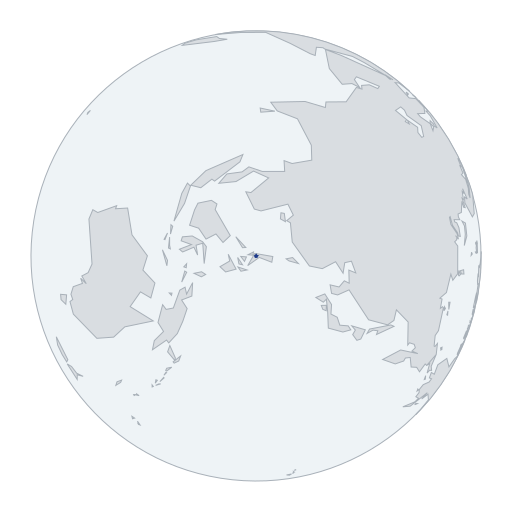 globe centered on Laguna, rotated 99°
{"feature_id": "PHL-2566", "entity_name": "Laguna", "entity_type": "Province", "adm_level": 1, "iso_a3": "PHL", "parent_name": "Philippines", "parent_adm1": "", "projection": "orthographic", "projection_center": [121.266, 14.267], "detail": "fine", "context": "on_globe", "style": "filled", "palette": "blue", "viewbox_px": 512, "rotation_deg": 99, "n_neighbors": 0, "source": "natural_earth", "source_scale": "10m", "svg_char_len": 9957}
<svg xmlns="http://www.w3.org/2000/svg" viewBox="0 0 512 512"><g transform="rotate(99 256 256)"><circle cx="256" cy="256" r="225" fill="#eef3f6" stroke="#a8b0b8"/><path d="M441.0,344.1L440.8,345.6L440.6,345.8L441.0,344.1ZM383.9,70.6L371.1,63.2L365.6,64.5L371.3,70.0L364.2,65.4L380.2,80.2L382.0,87.4L375.3,76.4L371.1,73.2L370.0,76.1L365.4,73.6L362.3,73.8L356.9,70.7L353.4,65.3L349.8,63.4L349.3,65.7L343.6,64.6L344.9,61.4L335.0,59.4L327.3,51.5L335.3,48.1L326.4,43.7L322.9,40.9L339.0,46.5L354.5,53.4L369.5,61.4L383.9,70.6ZM467.5,191.6L465.7,186.8L467.2,188.6L467.5,191.6ZM464.3,184.8L465.0,186.2L464.4,185.2L464.3,184.8ZM463.7,184.6L464.1,184.8L463.8,185.1L463.7,184.6ZM463.1,185.1L463.3,184.6L463.4,184.9L463.1,185.1ZM461.4,184.2L460.9,183.9L461.0,182.9L461.4,184.2ZM384.1,71.0L382.3,69.6L387.7,73.3L387.0,72.9L384.1,71.0ZM376.5,75.0L376.5,73.4L378.1,76.0L376.5,75.0ZM362.8,74.4L364.2,75.8L362.0,75.4L362.8,74.4ZM351.7,70.5L347.6,69.7L351.2,69.5L351.7,70.5ZM344.9,68.7L335.0,67.6L337.4,70.3L325.1,62.6L337.5,65.7L341.5,64.7L341.7,66.7L344.9,68.7ZM313.4,38.1L323.2,41.0L321.9,41.0L317.0,39.3L318.1,40.3L309.9,38.1L307.4,37.1L309.9,37.4L304.9,36.4L307.2,36.6L313.4,38.1ZM319.9,58.8L317.0,58.0L319.4,57.8L319.9,58.8ZM302.8,35.6L302.0,35.6L295.3,34.3L297.8,34.7L299.1,34.9L302.8,35.6ZM322.5,41.8L320.6,41.8L313.5,39.9L311.8,39.8L309.6,38.0L322.5,41.8ZM296.2,34.3L292.0,33.7L289.0,33.2L292.4,33.7L296.2,34.3ZM304.5,36.2L303.8,36.2L302.1,35.7L304.5,36.2ZM290.7,33.5L291.7,33.7L292.1,33.8L288.9,33.4L290.7,33.5ZM304.7,37.0L302.1,36.4L305.2,37.6L300.0,36.6L299.5,35.8L297.5,35.7L295.9,35.4L297.3,35.1L304.7,37.0ZM286.8,33.4L284.4,32.6L277.2,31.8L277.1,31.7L288.7,33.2L286.8,33.4ZM292.9,34.4L289.1,33.7L290.9,33.8L294.6,34.3L292.9,34.4ZM296.6,36.3L304.8,38.1L304.6,38.2L296.6,36.3ZM284.4,33.1L285.0,33.3L283.7,33.0L284.4,33.1ZM292.5,35.2L295.4,35.7L295.1,35.9L292.5,35.2ZM283.9,33.6L283.1,33.2L285.6,33.4L283.9,33.6ZM287.5,34.3L286.5,34.4L286.9,33.7L288.9,34.4L287.5,34.3ZM291.7,35.3L292.5,35.5L290.6,35.1L291.7,35.3ZM275.0,33.2L275.0,32.3L280.4,32.7L279.7,33.4L275.0,33.2ZM69.1,130.2L62.8,142.0L63.0,145.7L75.9,129.5L75.6,122.8L82.8,113.4L88.8,111.5L90.1,118.6L92.9,115.3L98.1,104.6L104.6,100.8L100.6,100.7L97.6,104.8L95.1,105.2L97.7,101.5L99.8,100.1L101.2,97.1L90.4,105.7L86.3,110.8L86.0,108.5L79.1,117.1L76.8,119.6L87.7,106.2L91.4,102.3L96.2,97.2L110.4,84.1L125.7,72.2L142.0,61.7L143.2,61.0L143.5,60.9L137.3,64.5L131.9,68.0L127.6,71.9L129.4,71.2L136.4,67.0L134.3,69.1L141.7,64.6L143.5,65.8L147.5,60.9L155.9,56.9L161.7,55.6L165.2,53.6L155.7,56.0L151.2,57.9L146.3,60.8L134.9,66.6L134.4,66.4L149.1,57.9L149.9,57.3L153.7,55.3L161.1,51.7L180.0,47.1L183.5,48.4L170.9,58.0L165.1,59.3L166.7,56.3L157.2,62.5L161.8,60.3L160.1,62.4L167.7,60.0L166.8,61.4L175.5,57.0L175.4,58.5L169.8,61.2L180.9,60.0L182.9,63.0L185.8,62.2L188.3,60.4L189.1,66.0L191.2,65.1L191.8,62.9L196.3,60.0L204.7,57.3L204.5,59.3L201.5,60.6L194.8,66.8L186.7,70.4L187.5,71.0L194.4,68.4L202.6,60.8L207.7,58.7L204.6,62.1L206.1,60.6L208.6,60.3L210.9,62.0L214.6,58.3L242.0,54.0L249.2,57.8L243.4,60.7L262.3,62.2L268.9,67.8L269.4,65.5L278.8,65.7L276.9,63.8L277.8,62.8L301.2,64.1L306.5,66.6L317.1,66.0L317.4,65.1L314.0,63.1L325.1,62.6L337.4,70.3L336.2,72.0L344.8,76.4L340.8,79.9L341.4,85.4L332.1,87.8L333.4,92.5L336.6,93.7L340.8,101.6L338.4,114.7L326.2,98.4L327.1,80.9L325.5,87.1L321.7,84.3L318.5,85.9L317.7,90.8L320.2,92.2L297.4,95.4L287.2,108.9L298.1,109.7L303.4,115.3L301.4,134.8L274.9,158.8L281.7,169.3L281.1,175.5L272.9,178.3L273.6,169.1L266.7,164.9L268.3,159.7L255.4,162.1L257.1,154.8L246.2,160.9L248.7,167.3L259.4,167.3L249.2,176.5L258.1,188.5L257.5,201.7L236.5,222.4L217.8,227.2L216.3,231.2L209.8,225.5L199.8,232.6L210.7,258.1L209.9,265.0L194.2,276.1L194.1,270.9L176.9,255.7L172.5,271.7L185.6,287.4L190.0,304.1L179.5,297.6L175.1,282.9L169.1,277.0L171.5,263.0L168.0,240.9L157.4,243.2L159.0,234.8L152.6,215.9L137.9,218.7L114.0,236.5L109.4,257.7L101.8,265.5L95.7,231.7L98.5,210.7L92.9,211.0L89.6,191.1L73.8,183.2L74.6,177.4L71.0,178.4L69.2,170.9L71.6,161.9L69.1,160.7L63.3,184.9L66.4,186.4L73.3,180.0L70.7,188.2L72.9,197.7L59.4,212.9L41.2,219.7L44.5,203.5L57.5,156.2L60.1,152.1L60.3,151.6L60.8,150.6L56.7,157.0L60.6,148.3L48.1,179.2L43.8,192.0L40.8,220.5L39.8,222.4L40.4,229.0L48.7,228.9L47.7,234.1L40.6,255.6L33.6,281.4L37.5,305.5L42.1,324.7L43.6,330.9L38.7,315.5L35.0,299.8L32.5,283.9L31.0,267.8L30.8,251.7L31.7,235.5L33.7,219.5L36.9,203.7L41.2,188.2L46.6,172.9L53.1,158.2L60.6,143.9L69.1,130.2ZM86.1,136.4L90.4,141.0L97.7,128.6L99.9,129.6L101.6,125.3L98.2,127.7L103.6,116.5L108.7,115.4L112.9,110.8L111.7,109.1L101.4,113.2L93.6,128.8L88.7,132.2L86.1,136.4ZM258.6,30.7L265.2,30.9L267.1,31.1L262.9,30.9L267.7,31.3L261.0,31.3L262.2,31.5L256.8,32.1L248.0,32.2L250.0,32.5L246.0,33.4L238.5,33.9L242.2,33.0L231.2,34.4L232.0,33.5L230.7,33.7L228.3,33.4L223.2,33.7L224.6,33.3L222.0,33.7L220.4,33.8L217.3,34.2L218.7,33.8L216.2,34.3L237.3,31.5L258.6,30.7ZM273.2,33.3L262.5,32.8L257.6,32.4L269.0,31.7L268.8,31.5L276.0,31.7L282.9,32.6L280.3,32.3L279.3,32.4L277.5,32.1L278.2,32.4L274.5,32.2L274.0,32.5L270.7,32.2L273.2,33.3ZM137.2,64.6L135.4,65.8L133.3,67.1L137.2,64.6ZM206.2,40.3L209.1,39.3L210.1,39.3L218.2,37.7L218.3,38.6L213.5,39.9L206.2,40.3ZM73.3,131.3L70.6,133.5L71.7,131.2L72.4,130.9L73.3,131.3ZM74.7,122.6L72.2,126.7L73.8,123.8L74.7,122.6ZM207.6,41.0L210.9,40.2L208.9,41.2L207.6,41.0ZM218.8,39.2L217.2,40.3L219.2,38.5L218.8,39.2ZM138.1,442.3L142.8,445.1L140.5,444.5L138.1,442.3ZM50.7,331.0L59.5,361.8L56.9,359.4L51.8,348.7L45.4,329.1L46.9,326.2L46.4,318.3L50.7,331.0ZM247.1,347.0L254.1,348.5L253.9,349.4L247.1,347.0ZM239.7,342.9L247.7,343.9L238.4,344.9L239.7,342.9ZM250.8,344.3L258.9,343.0L262.4,341.7L261.8,343.7L250.8,344.3ZM234.4,342.5L205.8,339.1L194.7,335.1L197.2,331.7L215.2,334.8L234.4,342.5ZM196.3,331.5L179.5,318.8L157.8,284.8L165.5,286.6L188.5,308.6L187.0,311.6L197.2,321.2L196.3,331.5ZM237.5,317.0L236.0,326.4L220.1,323.9L212.9,321.6L208.0,308.7L210.7,302.7L216.5,303.6L239.9,284.6L247.8,290.7L240.5,299.0L247.1,308.0L237.5,317.0ZM110.0,260.0L113.2,273.8L109.2,275.0L110.0,260.0ZM249.9,270.6L240.1,279.0L249.2,267.4L249.9,270.6ZM255.7,259.3L256.0,264.1L252.4,259.1L255.7,259.3ZM215.5,237.7L209.4,238.1L209.5,234.7L217.5,232.3L215.5,237.7ZM256.8,212.9L255.7,222.6L254.1,225.8L251.8,219.6L256.8,212.9ZM213.1,51.9L201.8,52.7L193.7,54.8L189.3,58.0L190.7,54.3L203.2,50.9L213.1,51.9ZM238.5,53.3L242.3,51.1L243.9,52.3L243.3,53.0L238.5,53.3ZM238.5,51.8L237.1,48.8L241.3,47.8L241.6,50.3L238.5,51.8ZM221.8,43.6L218.5,43.7L220.2,42.7L221.8,43.6ZM387.9,425.6L390.2,426.4L383.7,432.0L374.9,438.0L367.0,440.6L387.9,425.6ZM324.4,443.0L324.0,437.0L333.4,436.3L329.6,441.7L324.4,443.0ZM394.0,420.9L399.8,414.8L401.9,407.9L401.3,414.0L405.9,413.3L392.1,425.6L394.0,420.9ZM289.6,416.7L245.6,426.8L235.8,424.4L237.8,419.1L228.1,401.5L231.3,402.1L228.7,390.3L254.5,381.8L272.8,363.3L287.6,365.5L298.5,351.6L313.9,353.3L309.5,364.5L325.7,372.4L336.2,347.3L346.5,374.5L358.4,383.9L362.2,400.3L342.0,427.3L330.1,432.6L327.6,430.2L322.7,432.8L314.9,431.7L310.2,423.1L305.4,425.7L309.9,419.3L303.0,424.9L298.7,419.2L289.6,416.7ZM399.6,369.3L402.0,369.9L405.7,374.2L402.0,373.6L399.6,369.3ZM435.1,350.5L436.1,352.5L433.7,353.5L435.1,350.5ZM440.6,345.8L437.7,347.2L441.0,344.1L440.6,345.8ZM411.7,352.9L412.9,354.5L412.0,355.2L411.7,352.9ZM410.8,352.4L412.2,349.6L412.0,352.3L410.8,352.4ZM399.5,338.5L400.9,337.0L401.6,338.1L399.5,338.5ZM264.5,349.4L274.2,342.7L279.6,342.5L264.5,349.4ZM397.4,335.6L393.9,335.5L394.2,334.0L397.4,335.6ZM397.6,332.2L397.2,330.1L399.5,334.9L397.6,332.2ZM390.8,327.7L395.1,331.3L390.3,328.2L390.8,327.7ZM388.2,328.3L385.0,326.8L385.2,326.1L388.2,328.3ZM353.0,331.2L364.8,343.6L355.5,343.2L345.0,335.5L337.0,342.4L318.7,340.6L322.8,336.4L320.3,329.5L301.6,325.9L297.9,321.2L304.5,318.6L292.2,314.4L305.6,313.1L311.1,322.6L318.7,315.8L332.0,318.1L345.0,321.6L355.5,328.6L353.0,331.2ZM305.8,333.2L308.1,333.3L306.1,335.9L305.8,333.2ZM379.0,321.8L383.6,326.2L383.1,327.3L380.8,326.6L379.0,321.8ZM357.9,327.1L369.3,319.7L371.9,319.8L364.5,328.3L357.9,327.1ZM366.5,314.8L371.8,315.9L374.6,320.1L373.5,321.3L366.5,314.8ZM278.5,323.1L278.0,325.6L274.5,323.3L278.5,323.1ZM282.9,321.9L293.4,325.3L282.0,324.0L282.9,321.9ZM251.7,310.6L254.7,316.9L264.2,313.8L257.0,318.7L263.5,329.1L261.3,332.7L254.8,321.5L252.7,332.3L248.6,331.7L246.2,322.1L250.3,310.9L254.5,306.5L271.6,306.0L251.7,310.6ZM282.8,314.5L280.1,307.3L282.1,302.8L285.1,306.7L282.8,314.5ZM272.2,289.9L265.1,281.2L258.6,283.7L272.1,273.6L276.5,283.5L272.2,289.9ZM266.5,271.6L260.3,273.9L266.8,267.9L266.5,271.6ZM258.8,271.0L258.4,265.3L263.1,266.5L258.8,271.0ZM269.7,272.1L271.2,262.7L273.4,268.5L269.7,272.1ZM256.9,252.6L266.8,262.7L253.6,257.6L253.9,239.3L259.7,239.4L256.9,252.6ZM294.6,183.8L293.7,178.8L299.1,178.1L298.2,181.7L294.6,183.8ZM315.9,173.3L300.3,176.4L287.6,179.7L291.1,182.3L287.6,190.4L282.7,182.1L292.1,173.8L301.6,172.9L303.8,166.2L311.2,162.4L310.6,154.0L314.1,150.8L317.5,158.3L315.9,173.3ZM310.0,150.5L311.8,136.5L321.6,139.5L323.5,143.2L318.5,148.2L313.6,146.3L310.0,150.5ZM315.1,134.2L310.4,132.4L303.0,112.0L303.9,108.7L314.7,124.7L310.8,124.0L310.9,128.8L315.1,134.2ZM317.5,59.1L317.1,58.1L319.2,59.2L317.5,59.1ZM276.6,61.9L278.2,60.7L280.7,61.8L276.6,61.9ZM284.2,58.3L280.2,57.8L284.5,57.5L284.2,58.3ZM271.3,57.1L278.7,57.2L271.5,58.4L271.3,57.1Z" fill="#d9dde1" stroke="#a8b0b8" stroke-width="1"/><path d="M256.8,254.8L256.9,255.0L257.0,255.2L257.2,255.8L257.3,255.9L257.3,256.1L257.2,256.3L257.0,256.6L256.9,256.8L256.7,256.8L256.3,257.0L256.0,257.2L255.9,257.1L255.8,256.6L255.7,256.5L255.3,256.5L255.1,256.5L255.1,256.4L255.2,256.1L255.2,255.9L255.3,255.9L255.2,255.8L255.0,255.7L255.5,255.5L255.5,255.3L255.5,255.0L255.8,255.4L255.8,255.5L255.9,255.8L256.0,255.7L255.9,255.5L255.9,255.3L255.9,255.2L256.0,255.0L256.2,255.3L256.3,255.3L256.3,255.5L256.2,255.7L256.2,255.8L256.3,255.8L256.5,255.7L256.4,255.6L256.4,255.2L256.5,255.0L256.6,254.9L256.8,254.8Z" fill="#3b82f6" stroke="#1e3a8a" stroke-width="1.5"/></g></svg>